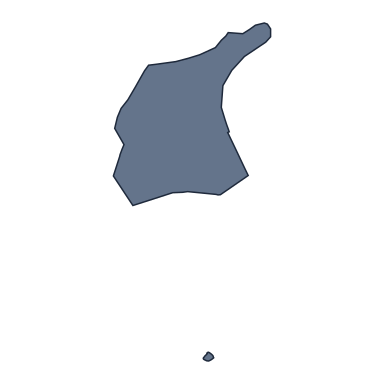 Olorunsogo, Oyo, Nigeria
{"feature_id": "59680162B59717618896779", "entity_name": "Olorunsogo", "entity_type": "district", "adm_level": 2, "iso_a3": "NGA", "parent_name": "Nigeria", "parent_adm1": "Oyo", "projection": "albers", "projection_center": [4.137, 8.508], "detail": "fine", "context": "isolated", "style": "filled", "palette": "slate", "viewbox_px": 384, "rotation_deg": 0, "n_neighbors": 0, "source": "geoboundaries", "source_scale": "gbopen_adm2", "svg_char_len": 1353}
<svg xmlns="http://www.w3.org/2000/svg" viewBox="0 0 384 384"><path d="M228.2,32.6L225.8,36.1L221.4,40.2L215.4,47.6L199.6,54.8L188.6,58.2L175.8,61.6L156.0,64.3L148.6,65.2L147.3,67.0L144.6,70.7L140.9,77.2L135.2,87.3L127.8,99.9L121.1,108.4L117.4,117.2L114.7,128.4L124.0,144.6L122.2,148.9L120.1,154.5L119.6,156.7L113.5,175.6L113.4,176.0L132.9,205.5L172.7,192.7L182.7,192.3L187.6,191.6L216.1,194.4L218.0,194.9L220.4,194.7L248.2,175.5L245.0,168.9L235.5,148.8L227.7,132.5L229.2,131.8L228.1,128.6L226.6,124.5L225.0,119.6L221.3,107.4L221.6,103.1L222.9,85.6L231.8,70.3L244.4,56.5L256.3,48.5L265.8,42.1L270.6,36.8L270.6,28.9L268.6,25.9L267.4,24.1L264.3,23.0L255.4,25.2L249.6,29.4L242.8,33.7L228.2,32.6ZM203.8,359.4L204.2,359.5L204.7,359.9L205.8,360.3L206.3,360.7L207.4,360.9L207.7,360.9L208.7,361.0L210.8,360.0L212.4,358.9L213.7,357.8L213.4,357.3L213.3,356.9L213.2,356.3L212.8,355.5L212.2,354.9L211.4,354.1L210.8,353.7L210.2,353.2L209.8,353.0L209.5,352.7L209.4,352.6L209.2,352.6L208.9,352.5L208.5,352.4L208.2,352.3L208.1,352.2L207.9,352.3L207.7,352.5L207.5,352.8L207.4,353.0L207.1,353.3L206.9,353.3L207.0,353.6L207.1,353.8L206.9,354.0L206.7,354.2L206.6,354.4L206.5,354.6L206.3,354.7L206.1,354.9L205.9,355.0L205.6,355.3L204.8,356.1L204.5,356.5L204.1,357.1L203.4,357.9L203.4,358.0L203.3,358.7L203.8,359.4Z" fill="#64748b" stroke="#1e293b" stroke-width="1.5"/></svg>